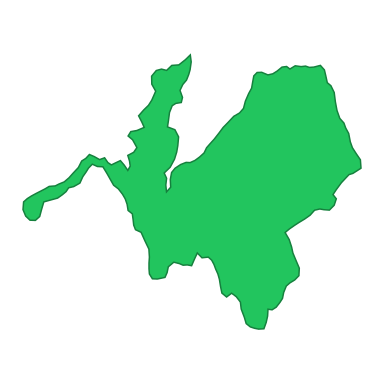 Irupi, Espírito Santo, Brazil
{"feature_id": "56859067B48527035331511", "entity_name": "Irupi", "entity_type": "district", "adm_level": 2, "iso_a3": "BRA", "parent_name": "Brazil", "parent_adm1": "Espírito Santo", "projection": "equal_earth", "projection_center": [-41.665, -20.336], "detail": "fine", "context": "isolated", "style": "filled", "palette": "green", "viewbox_px": 384, "rotation_deg": 0, "n_neighbors": 0, "source": "geoboundaries", "source_scale": "gbopen_adm2", "svg_char_len": 2874}
<svg xmlns="http://www.w3.org/2000/svg" viewBox="0 0 384 384"><path d="M171.8,65.4L166.6,70.4L161.5,69.1L156.3,70.5L151.6,76.2L151.8,84.2L155.7,91.2L151.8,100.1L148.5,105.3L143.7,110.0L138.6,115.8L141.9,122.2L144.2,127.4L136.9,130.5L130.8,131.6L128.1,136.0L132.6,139.8L136.9,147.6L133.7,152.3L127.8,155.4L129.5,161.0L130.2,166.1L127.8,170.4L124.2,165.1L120.4,160.6L115.5,162.9L111.4,164.9L107.9,162.6L104.6,157.8L99.6,159.6L94.3,156.6L89.4,154.5L85.8,158.4L81.7,161.0L78.4,167.5L72.9,173.4L69.0,177.8L64.2,181.9L58.8,184.1L55.3,185.9L49.2,186.4L45.0,188.9L41.3,190.8L36.4,193.3L31.4,196.0L27.3,198.6L23.6,201.9L23.0,209.6L25.7,216.1L30.0,220.2L35.4,220.4L39.7,216.5L41.6,209.4L43.8,201.9L49.2,200.4L57.6,198.1L62.4,194.7L66.1,191.6L68.6,187.8L73.7,186.6L79.9,183.1L82.8,176.7L86.1,172.0L88.5,168.1L92.3,164.2L97.4,166.5L102.9,166.8L107.1,173.7L110.2,179.2L113.6,185.2L118.4,188.9L122.5,194.2L125.2,198.8L127.1,204.3L128.1,210.5L132.3,213.8L133.1,219.5L133.7,225.1L135.5,229.7L141.1,232.3L145.0,241.0L148.9,249.1L149.4,257.1L149.0,263.1L149.0,268.8L149.4,274.0L152.4,278.8L157.4,279.0L165.0,277.4L167.1,272.6L168.3,266.8L173.8,262.2L179.4,263.6L183.1,265.2L187.3,264.9L191.6,265.7L194.2,259.7L197.3,253.0L202.0,257.8L208.3,257.1L211.7,260.2L214.0,264.5L215.7,269.1L217.9,274.0L219.4,279.3L220.6,286.8L221.9,293.1L226.6,297.0L231.6,293.2L236.3,296.7L240.4,302.1L241.2,309.0L244.3,317.2L246.2,323.6L250.3,326.9L254.6,328.3L258.6,329.1L263.9,328.8L266.2,322.4L267.6,316.1L268.0,309.2L272.1,309.8L276.2,307.2L280.0,302.3L282.5,298.4L283.7,292.4L286.3,286.0L289.9,282.9L294.8,279.9L298.9,275.7L299.3,268.2L295.9,260.2L292.9,253.0L291.6,247.0L289.2,239.6L285.1,232.5L289.6,228.8L294.5,225.4L299.1,222.4L304.7,219.0L310.1,215.2L314.6,210.2L319.8,209.0L323.9,209.7L329.4,210.1L334.2,205.2L336.3,198.8L333.0,194.6L336.3,189.6L341.4,182.7L345.7,178.1L349.0,174.6L352.9,173.4L356.5,171.1L361.0,168.2L360.4,159.8L356.1,153.5L352.4,147.7L350.3,141.8L348.7,133.5L345.7,128.0L343.9,123.0L339.8,118.4L337.0,110.5L335.4,102.0L334.2,92.5L330.9,85.7L327.3,82.7L325.8,75.9L324.4,69.9L320.4,65.4L313.8,67.1L309.3,67.4L305.6,66.1L301.1,66.6L295.2,65.8L289.9,69.0L286.6,66.5L282.0,67.1L277.1,71.1L272.8,73.8L267.9,74.9L261.7,72.3L257.1,72.5L253.8,75.9L252.6,82.4L251.6,88.2L248.7,93.5L245.4,101.1L243.5,108.4L239.5,113.0L233.8,116.3L227.8,122.7L223.2,127.4L219.1,132.9L214.1,139.3L210.1,143.7L206.6,147.7L204.1,152.9L199.6,157.0L195.0,160.4L190.1,162.6L186.1,162.4L180.7,164.5L175.1,168.2L171.6,172.5L170.3,179.5L170.7,187.2L166.5,191.9L165.8,185.0L166.6,178.3L164.2,173.0L170.2,167.2L174.5,159.2L176.7,152.1L177.8,145.7L178.6,136.9L174.9,129.7L167.5,126.9L168.5,120.2L169.5,112.5L172.2,105.7L175.8,103.4L181.3,102.5L182.5,97.4L180.0,90.4L182.8,84.5L186.5,80.1L188.7,74.6L190.1,69.7L191.2,61.9L190.3,54.9L185.4,59.7L178.8,64.9L171.8,65.4Z" fill="#22c55e" stroke="#15803d" stroke-width="1.5"/></svg>